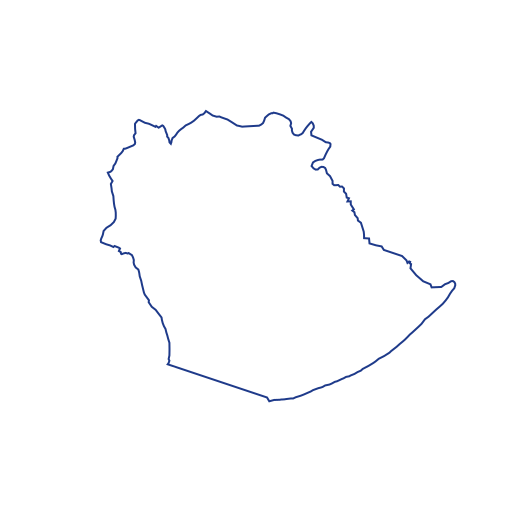 Yutanduchi de Guerrero, Oaxaca, Mexico (Mercator projection), rotated 128°
{"feature_id": "50627088B821547754405", "entity_name": "Yutanduchi de Guerrero", "entity_type": "district", "adm_level": 2, "iso_a3": "MEX", "parent_name": "Mexico", "parent_adm1": "Oaxaca", "projection": "mercator", "projection_center": [-97.304, 17.076], "detail": "fine", "context": "isolated", "style": "outline", "palette": "blue", "viewbox_px": 512, "rotation_deg": 128, "n_neighbors": 0, "source": "geoboundaries", "source_scale": "gbopen_adm2", "svg_char_len": 4101}
<svg xmlns="http://www.w3.org/2000/svg" viewBox="0 0 512 512"><g transform="rotate(128 256 256)"><path d="M395.7,258.9L360.7,160.2L362.3,156.1L358.3,153.1L355.2,149.4L354.9,149.0L353.5,147.7L351.7,145.6L349.8,143.8L346.7,140.7L345.4,139.0L342.8,137.7L340.8,136.3L338.5,134.7L335.8,133.1L330.6,130.3L329.2,129.5L326.6,128.5L321.6,125.4L320.0,124.1L318.2,122.9L315.4,121.8L312.1,119.0L309.9,117.8L306.6,116.4L304.8,115.0L301.8,113.5L300.0,112.6L298.5,111.7L295.8,110.6L293.3,108.4L292.1,108.0L288.3,105.8L284.9,104.5L281.8,102.8L279.3,102.4L273.1,99.6L268.1,97.7L265.5,96.9L261.4,96.0L256.1,93.5L250.0,91.3L247.8,91.0L244.6,90.2L241.0,89.3L237.0,88.6L233.0,87.7L230.4,87.2L226.4,86.7L223.1,86.4L220.3,85.8L215.4,85.0L211.8,84.4L207.6,83.8L201.8,83.9L197.7,82.7L187.2,81.0L183.2,80.2L178.7,79.4L174.2,79.2L170.4,79.3L166.1,79.9L162.5,80.1L159.4,79.9L156.3,81.0L155.1,82.1L154.4,83.7L154.5,85.4L155.7,86.7L158.8,87.8L161.9,89.7L166.3,90.9L172.6,98.3L170.9,101.1L173.0,108.7L172.5,117.9L170.6,126.7L166.9,128.8L167.1,130.3L165.7,130.9L166.0,132.0L168.2,132.4L166.8,134.7L166.1,140.9L172.5,159.0L171.1,162.9L173.7,168.0L176.2,174.3L172.6,177.7L175.4,181.8L172.8,183.9L170.5,186.1L168.0,189.7L165.2,193.8L165.3,197.5L163.6,199.2L162.8,203.3L160.9,205.4L160.9,208.1L159.0,207.6L157.1,213.0L154.6,215.0L156.7,217.5L153.3,218.3L154.1,220.5L151.5,223.3L151.1,226.4L148.6,228.3L148.3,231.0L149.7,232.5L149.4,234.9L151.0,236.6L152.1,238.0L152.0,240.1L149.7,241.9L147.5,246.8L147.2,251.0L145.0,253.9L144.1,255.6L144.3,257.6L145.4,259.3L147.4,260.3L149.8,260.6L151.2,262.2L151.5,264.6L150.9,267.6L147.2,268.7L144.6,267.8L142.5,266.5L140.9,265.2L139.0,262.9L137.2,262.6L133.2,263.6L129.7,264.3L126.8,264.7L124.1,264.8L121.9,266.2L121.6,267.1L122.0,268.7L123.4,271.1L123.8,275.6L124.9,279.6L126.8,286.6L124.2,289.1L119.4,289.4L117.7,290.8L116.5,293.0L116.3,294.9L118.3,295.2L122.2,295.4L124.7,295.4L127.7,295.2L130.4,294.9L132.3,295.4L133.3,296.0L135.0,296.8L136.4,299.2L136.9,300.9L136.4,303.0L135.0,305.0L133.6,306.0L132.3,309.0L129.7,310.1L128.5,311.7L127.9,314.3L128.4,317.5L128.6,320.9L129.6,324.2L130.9,327.7L132.3,330.5L132.8,330.7L133.3,330.8L134.0,331.8L136.6,333.1L139.1,333.6L141.4,334.0L144.4,332.9L146.9,332.3L149.1,332.8L151.4,333.8L160.7,344.4L162.6,346.5L164.2,350.0L164.9,351.3L165.5,357.9L166.0,362.5L166.9,365.1L168.2,369.0L168.6,370.7L170.5,372.8L172.0,376.7L172.2,380.3L172.6,384.7L175.2,384.6L177.3,385.1L178.9,386.5L180.8,387.1L182.9,387.4L185.4,387.8L187.7,388.2L190.9,389.2L193.2,390.2L196.4,391.8L199.7,392.4L202.0,393.1L204.6,393.7L207.2,393.9L209.4,393.7L211.9,393.7L214.4,394.4L217.0,393.6L218.3,392.8L220.0,392.2L219.7,394.1L218.3,395.6L216.9,397.7L216.6,399.5L215.4,400.4L213.3,404.0L212.1,405.4L211.6,406.4L210.6,409.2L210.8,410.3L214.8,411.7L214.9,413.2L215.0,414.8L216.1,414.8L217.4,420.5L217.8,422.0L219.4,425.5L220.5,431.4L220.9,432.2L222.2,432.7L223.7,432.7L224.9,432.8L226.4,432.7L230.3,429.5L233.4,426.5L235.9,426.5L237.3,425.8L239.2,423.1L240.9,421.1L242.3,420.4L244.4,420.8L246.7,422.1L249.6,423.7L251.8,425.0L252.9,426.2L255.4,425.6L257.8,425.6L263.1,426.3L264.1,425.4L266.8,424.6L269.7,423.8L272.7,423.7L275.7,422.2L277.5,422.2L279.2,422.5L281.5,424.1L283.0,421.3L284.3,418.0L285.2,415.2L288.6,414.7L291.7,411.4L293.8,409.4L295.3,407.2L296.6,405.3L299.7,402.5L302.2,400.1L304.3,397.8L306.2,395.2L308.2,393.2L310.7,391.2L313.0,389.6L316.8,388.9L321.1,389.5L325.8,391.2L330.1,391.5L333.3,389.9L335.0,389.3L337.5,388.7L339.3,388.0L340.5,386.6L339.0,381.3L337.5,377.5L336.7,373.9L335.2,373.6L333.9,369.2L333.8,367.8L336.5,367.1L336.2,364.9L337.3,363.8L337.2,362.9L335.4,361.9L333.8,360.6L333.0,358.6L332.1,358.2L331.7,354.3L332.9,351.9L334.4,349.8L336.5,348.4L337.9,346.7L339.1,343.8L339.1,340.4L340.3,338.7L341.4,337.4L343.6,335.1L346.2,331.2L349.0,327.9L353.8,321.8L354.9,319.9L356.8,313.1L358.5,312.1L360.2,306.9L360.2,301.9L361.3,297.8L362.6,292.6L364.3,290.8L366.3,288.2L368.0,285.3L369.2,282.4L371.5,279.5L373.2,277.0L375.2,274.4L377.7,270.8L382.8,266.7L387.7,263.0L391.0,261.4L391.8,259.8L394.0,259.0L395.7,258.9Z" fill="none" stroke="#1e3a8a" stroke-width="2"/></g></svg>